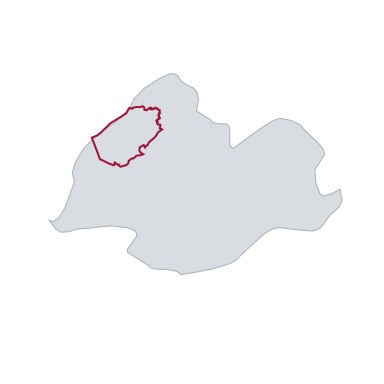 location of Kayonza, Eastern, Rwanda, rotated 230°
{"feature_id": "39286606B59170295238138", "entity_name": "Kayonza", "entity_type": "district", "adm_level": 2, "iso_a3": "RWA", "parent_name": "Rwanda", "parent_adm1": "Eastern", "projection": "equal_earth", "projection_center": [30.553, -1.862], "detail": "fine", "context": "in_parent", "style": "outline", "palette": "rose", "viewbox_px": 384, "rotation_deg": 230, "n_neighbors": 0, "source": "geoboundaries", "source_scale": "gbopen_adm2", "svg_char_len": 5826}
<svg xmlns="http://www.w3.org/2000/svg" viewBox="0 0 384 384"><g transform="rotate(230 192 192)"><path d="M160.3,111.5L163.9,111.4L187.4,103.8L189.8,106.2L193.6,120.9L195.6,123.0L198.8,123.6L205.4,120.2L217.5,108.7L222.8,101.7L229.0,91.9L237.0,80.8L241.4,71.1L245.8,65.5L251.4,63.8L257.7,64.2L262.1,64.4L258.5,66.7L257.8,73.8L261.9,85.1L275.4,108.5L284.0,112.8L289.6,121.9L295.1,137.3L296.7,156.4L294.5,179.5L295.8,196.7L300.8,207.9L302.1,222.5L299.7,240.4L296.8,251.2L293.5,254.7L289.6,256.0L284.4,254.8L278.1,256.4L271.2,259.7L266.8,260.2L264.2,259.6L259.1,256.7L251.0,247.4L236.0,252.5L232.0,252.4L226.5,256.8L222.0,262.3L219.3,262.6L216.5,261.9L203.6,251.0L198.9,251.3L196.9,282.0L194.8,299.1L192.1,306.7L182.9,314.0L173.6,318.2L168.5,317.9L148.0,320.2L140.0,320.2L135.6,317.7L129.9,300.3L119.0,292.6L108.6,288.9L104.4,289.9L100.6,299.1L99.0,307.2L88.9,301.6L85.9,294.7L85.6,283.0L81.9,267.1L84.0,260.2L87.9,255.8L96.3,247.4L109.1,235.7L111.8,230.1L113.6,220.8L112.8,199.2L111.5,180.9L113.1,174.4L118.9,160.3L126.7,145.8L135.8,130.6L141.3,129.1L148.5,123.3L156.1,114.7L160.3,111.5Z" fill="#d9dde1" stroke="#a8b0b8" stroke-width="1"/><path d="M259.1,209.3L259.6,209.2L261.3,208.1L261.8,208.3L262.0,208.6L262.1,209.0L262.5,209.6L262.7,209.8L262.8,210.1L263.0,210.2L263.3,210.5L263.6,210.7L264.0,210.7L264.0,210.8L264.3,210.7L264.5,210.5L264.8,210.3L265.0,210.0L265.1,209.8L265.3,209.8L265.4,209.5L265.6,209.5L265.7,209.4L265.9,209.5L266.0,209.4L266.3,209.3L266.5,209.3L266.8,209.3L267.0,209.3L267.4,209.6L267.5,210.1L267.7,210.3L267.6,210.6L267.7,210.9L267.9,210.9L268.0,210.8L268.3,210.9L268.5,210.6L268.9,210.5L269.0,210.6L269.3,210.4L269.5,210.4L269.8,211.2L269.7,212.0L269.6,212.3L269.4,212.9L269.2,213.3L269.2,213.5L269.1,214.3L269.3,215.0L269.5,215.0L270.1,215.0L270.2,214.9L270.3,215.0L270.5,214.9L270.5,215.0L270.7,215.3L271.0,215.3L271.4,215.5L271.5,215.6L271.8,215.6L272.0,215.6L272.1,216.0L272.4,216.3L272.6,216.4L272.7,215.8L272.9,215.9L273.1,216.1L273.1,216.7L273.1,217.0L272.9,217.3L272.9,217.7L272.9,217.8L272.9,218.2L273.1,218.2L274.1,218.2L274.1,218.3L274.3,218.6L274.4,218.8L274.6,219.0L274.8,219.4L274.9,219.7L275.0,219.8L275.3,219.7L275.5,219.5L275.8,219.6L276.1,219.6L276.5,219.4L276.7,219.2L276.9,219.0L277.0,219.0L277.2,218.9L277.4,219.0L277.4,218.9L277.6,218.8L277.9,218.9L278.0,218.9L278.0,218.6L278.3,218.5L278.5,218.7L278.7,218.4L278.9,218.2L279.1,218.1L279.3,218.3L279.5,218.3L279.5,218.2L279.8,218.0L280.1,218.0L280.1,217.9L280.3,217.5L280.3,217.2L280.2,217.1L280.2,216.9L280.3,216.9L280.3,216.5L280.5,216.5L280.6,216.4L280.7,215.9L280.7,215.6L280.6,215.4L280.6,215.1L280.7,214.9L281.0,214.6L281.0,214.4L281.4,214.1L281.5,214.0L282.1,213.6L281.9,214.8L282.4,214.9L283.3,214.4L283.6,214.1L283.6,213.9L283.7,213.1L283.7,212.8L283.8,212.5L283.7,212.2L283.7,211.4L283.8,211.1L284.0,210.1L283.9,210.1L283.8,209.9L284.8,208.9L285.4,208.4L285.5,208.5L285.6,208.9L285.9,208.8L286.2,208.8L286.4,208.9L286.6,209.1L286.9,209.3L287.0,209.3L287.2,209.5L287.3,209.6L287.5,209.8L289.7,209.2L289.8,208.2L290.0,207.6L290.3,207.0L290.5,206.6L291.1,205.9L292.3,204.8L293.0,203.7L294.2,201.7L294.3,201.4L294.4,201.0L294.4,200.7L294.2,200.5L294.1,200.4L294.3,199.9L294.6,199.5L294.8,199.2L295.0,199.1L295.3,199.3L295.6,199.0L295.6,198.7L296.2,198.4L296.3,198.0L296.6,197.8L296.6,197.7L296.6,197.4L295.0,193.4L294.9,192.7L294.6,192.3L295.2,186.5L295.3,186.2L295.3,185.9L297.1,174.2L297.0,173.9L297.1,173.7L296.5,165.0L296.1,160.5L296.0,158.7L296.2,158.0L296.1,157.2L296.1,156.8L296.1,156.4L296.6,154.7L297.9,150.7L297.9,150.4L298.0,150.2L276.1,142.6L275.7,142.9L275.5,143.0L275.2,143.1L274.4,143.5L267.4,146.6L262.7,149.1L262.8,149.7L263.0,150.0L263.1,150.6L263.3,150.8L263.7,150.8L264.0,151.1L264.2,151.3L264.2,151.5L264.3,151.8L264.1,151.9L264.0,152.0L263.8,152.1L262.6,152.0L262.4,152.2L262.1,152.3L261.9,152.5L261.7,152.4L261.2,152.5L260.6,152.5L260.3,152.6L260.2,152.8L260.0,153.1L259.9,153.2L259.9,153.3L259.8,153.5L259.7,153.3L259.5,153.2L258.9,153.1L258.7,153.1L257.9,153.4L257.5,153.4L257.3,153.5L257.2,153.8L257.1,154.0L256.6,154.8L256.5,155.0L256.4,155.3L255.8,157.2L255.6,157.5L255.3,157.9L255.1,158.6L255.0,158.8L254.9,158.9L254.9,159.3L254.8,159.8L254.9,160.6L254.9,160.9L254.9,161.2L254.9,161.3L254.9,161.7L255.4,162.0L255.5,162.1L255.9,162.5L255.9,163.0L256.0,163.3L256.4,163.6L256.5,163.7L256.6,164.0L256.6,164.3L256.6,164.5L256.5,164.9L256.5,165.1L256.5,165.3L256.5,165.8L256.6,166.4L256.5,167.2L256.3,167.5L256.2,167.6L255.9,167.8L255.6,168.2L255.5,168.3L255.5,168.5L255.4,168.7L255.5,169.3L255.4,169.7L255.4,170.0L255.3,170.4L255.4,170.5L255.4,171.2L255.5,171.8L255.5,172.1L255.3,172.8L255.2,173.2L255.1,173.5L254.5,174.5L254.3,174.7L254.1,174.9L254.0,175.1L253.6,175.6L253.2,176.4L253.0,176.7L253.0,176.8L252.8,177.3L252.4,178.5L252.3,178.9L253.4,178.4L254.4,178.3L255.2,178.1L255.6,178.0L256.2,178.0L256.9,178.1L257.5,178.3L258.0,178.7L259.3,180.1L259.7,180.6L259.8,180.7L259.7,181.0L259.5,182.2L259.5,182.3L259.6,182.5L259.5,182.9L259.4,183.3L259.3,183.9L259.3,184.1L259.1,184.6L259.1,184.9L259.1,185.0L258.8,185.2L258.6,185.3L258.2,185.1L257.9,185.1L257.4,184.7L257.0,184.8L257.0,184.7L256.9,184.7L256.7,184.7L256.8,184.8L256.7,184.8L256.7,185.0L256.6,185.3L256.6,185.7L256.5,185.8L256.6,186.1L256.6,186.8L256.7,187.0L256.8,187.2L256.7,187.3L256.6,187.5L256.5,187.8L256.5,188.1L256.6,188.5L256.7,188.8L257.0,189.3L257.4,190.0L257.6,191.0L257.8,191.8L257.8,192.1L257.7,192.6L257.7,193.3L257.7,193.5L257.7,193.9L257.8,194.1L257.8,194.4L257.8,195.1L257.7,195.7L257.6,196.0L257.7,196.6L257.7,196.9L257.7,197.1L257.8,197.4L257.8,197.5L257.9,198.1L257.9,198.5L257.9,198.8L257.9,199.2L258.1,199.8L258.1,200.1L258.1,200.8L258.3,201.2L258.5,201.6L258.6,202.0L259.2,202.9L259.5,204.6L259.4,206.0L259.2,206.7L259.2,207.3L259.3,208.6L259.1,209.3Z" fill="none" stroke="#9f1239" stroke-width="2"/></g></svg>